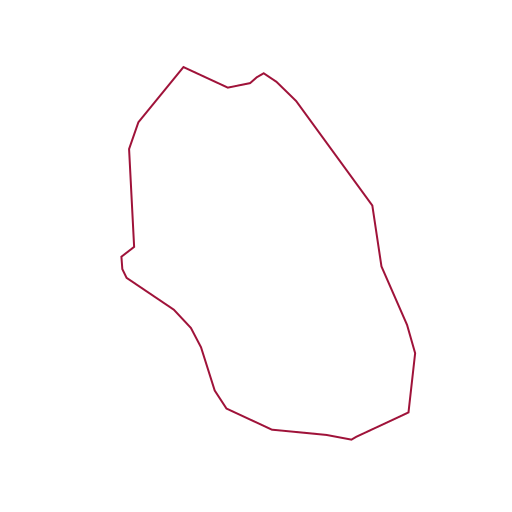 map outline of Solcava (Equal Earth projection), rotated 257°
{"feature_id": "SVN-251", "entity_name": "Solcava", "entity_type": "Municipality", "adm_level": 1, "iso_a3": "SVN", "parent_name": "Slovenia", "parent_adm1": "", "projection": "equal_earth", "projection_center": [14.658, 46.411], "detail": "fine", "context": "isolated", "style": "outline", "palette": "rose", "viewbox_px": 512, "rotation_deg": 257, "n_neighbors": 0, "source": "natural_earth", "source_scale": "10m", "svg_char_len": 497}
<svg xmlns="http://www.w3.org/2000/svg" viewBox="0 0 512 512"><g transform="rotate(257 256 256)"><path d="M273.3,122.8L285.6,124.7L292.3,139.3L388.8,156.4L412.8,171.5L456.4,227.8L426.4,266.4L425.8,289.2L430.0,297.0L432.3,304.6L421.0,315.2L397.9,330.0L279.0,380.7L217.6,375.9L154.8,387.7L125.5,389.2L69.3,369.4L57.3,313.1L55.6,307.7L65.8,284.4L83.2,232.4L114.0,192.9L134.2,185.5L179.4,181.9L200.5,176.4L222.1,163.9L263.8,125.0L273.3,122.8Z" fill="none" stroke="#9f1239" stroke-width="2"/></g></svg>